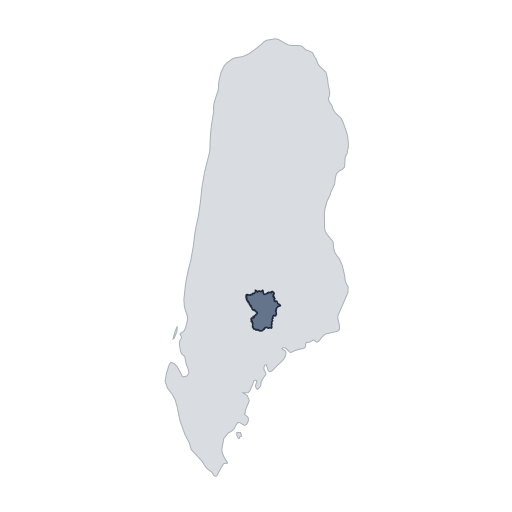 Maevatanana, Betsiboka, Madagascar shown in context, rotated 172°
{"feature_id": "10022922B61824869015313", "entity_name": "Maevatanana", "entity_type": "district", "adm_level": 2, "iso_a3": "MDG", "parent_name": "Madagascar", "parent_adm1": "Betsiboka", "projection": "mercator", "projection_center": [47.013, -17.22], "detail": "fine", "context": "in_parent", "style": "filled", "palette": "slate", "viewbox_px": 512, "rotation_deg": 172, "n_neighbors": 0, "source": "geoboundaries", "source_scale": "gbopen_adm2", "svg_char_len": 8648}
<svg xmlns="http://www.w3.org/2000/svg" viewBox="0 0 512 512"><g transform="rotate(172 256 256)"><path d="M335.3,54.3L336.7,57.5L338.3,60.6L343.2,67.9L345.4,70.8L347.2,73.8L348.0,79.9L351.2,89.3L354.2,103.4L355.1,118.0L356.0,124.6L358.3,130.9L362.1,137.5L363.4,144.8L361.0,152.3L357.7,159.3L356.8,160.7L355.2,162.5L354.5,162.4L351.8,160.6L349.6,157.6L346.8,150.5L345.8,147.0L344.7,146.4L341.4,146.7L339.0,148.9L338.6,150.3L339.1,154.3L340.0,157.9L340.4,161.5L340.5,166.1L341.4,167.5L342.7,168.6L344.0,171.6L344.2,178.8L343.4,182.4L341.1,185.5L341.3,187.2L342.1,189.0L341.3,190.0L338.2,191.4L337.0,192.6L335.3,195.7L332.7,202.2L332.3,205.5L334.0,215.6L333.5,222.7L330.1,236.4L328.1,242.9L325.3,250.7L321.1,261.0L316.9,273.9L313.3,287.3L310.6,295.3L307.6,303.2L303.5,317.3L300.0,331.6L294.8,347.4L287.6,365.1L286.9,367.4L285.4,376.4L283.8,384.3L281.8,392.1L277.8,405.1L277.4,409.1L276.4,412.9L272.6,421.1L270.9,424.1L269.8,427.3L269.1,431.4L268.0,435.4L265.1,442.7L260.9,449.0L258.0,451.3L251.8,454.6L248.6,455.2L241.6,455.3L234.9,457.2L227.8,460.9L221.0,465.0L218.4,467.0L215.5,468.2L206.5,468.4L203.9,467.5L194.9,460.6L191.4,459.5L184.8,458.6L182.8,458.0L181.0,457.1L178.3,453.5L173.0,450.5L171.8,449.5L171.0,447.4L170.4,445.2L169.0,442.7L168.0,437.9L166.3,434.5L161.4,428.7L160.9,426.8L160.5,420.5L160.7,416.3L160.2,408.6L160.7,405.0L162.5,401.7L161.8,398.2L159.9,394.5L159.3,390.7L157.9,387.2L152.8,380.9L151.6,377.8L150.8,374.6L148.9,364.7L148.6,361.3L148.9,354.0L149.6,350.3L150.9,347.6L151.2,345.7L152.0,344.0L153.2,342.7L154.0,341.1L155.9,331.8L158.3,329.8L161.9,328.6L164.8,326.2L166.4,322.9L168.1,316.2L172.6,309.5L174.2,306.0L177.8,300.8L181.1,293.3L182.0,289.9L182.7,286.3L183.6,278.5L184.2,274.6L184.0,270.7L182.2,266.8L177.8,259.6L177.7,258.2L178.0,252.9L177.6,249.1L176.0,245.2L173.9,241.6L171.9,234.9L170.9,223.8L171.1,219.8L170.5,216.2L169.0,212.8L170.1,206.9L183.2,185.5L183.7,183.0L183.1,176.5L183.4,172.7L183.9,171.3L184.9,170.4L187.1,170.0L197.7,169.1L199.1,168.5L201.7,166.7L205.4,163.2L207.1,162.2L208.5,162.6L209.4,164.0L210.6,164.9L214.9,163.3L216.5,163.2L218.2,163.5L219.0,162.0L219.5,160.1L220.1,158.7L221.2,158.0L226.8,157.5L230.3,157.0L234.8,155.6L235.8,155.9L239.5,160.8L240.6,161.2L242.0,161.4L243.3,160.5L240.3,158.0L239.8,156.5L240.0,154.9L241.6,151.4L244.3,148.7L250.2,144.6L256.4,139.9L258.2,139.6L259.7,140.4L260.8,145.9L260.7,146.8L261.7,146.9L262.8,146.3L263.8,144.0L263.9,142.2L263.1,140.4L262.7,138.9L262.6,137.5L265.7,134.2L268.2,131.1L269.3,127.4L270.3,125.7L272.9,123.8L273.7,124.1L274.3,125.6L274.6,127.3L274.0,128.9L273.0,130.6L272.6,132.7L274.1,133.2L275.5,132.6L277.5,128.7L279.8,125.0L281.1,123.1L282.9,121.7L285.7,122.0L288.5,122.8L284.0,118.9L282.8,113.5L288.3,104.2L288.3,102.3L289.1,101.7L289.5,101.0L286.7,97.8L286.1,96.3L286.5,93.9L287.8,91.8L289.0,90.4L290.8,89.8L292.1,90.6L295.1,93.2L297.2,93.6L299.6,91.1L301.6,88.0L304.6,85.9L308.1,84.6L313.3,79.8L316.6,69.7L316.9,66.7L316.2,63.1L315.0,59.7L313.0,55.5L313.5,54.6L316.3,55.1L317.3,54.5L320.4,50.8L325.5,43.6L327.1,43.6L328.6,44.9L329.1,46.9L330.1,48.4L333.6,51.8L335.3,54.3ZM299.8,82.7L299.8,83.8L295.9,83.4L295.3,79.6L297.2,79.4L297.6,77.9L298.8,77.7L300.0,81.1L299.8,82.7ZM347.1,191.7L343.8,197.4L344.7,192.6L348.6,185.8L349.7,185.3L347.1,191.7Z" fill="#d9dde1" stroke="#a8b0b8" stroke-width="1"/><path d="M270.2,218.9L270.8,218.6L270.6,218.5L270.3,217.9L270.7,217.7L270.9,217.8L271.3,217.5L271.4,217.4L271.4,217.0L271.6,216.7L271.6,216.4L271.7,216.2L271.7,215.9L270.9,215.5L270.9,215.2L271.0,214.8L271.2,214.6L271.2,214.4L271.5,214.1L271.2,213.7L270.8,213.3L270.8,212.6L270.7,212.0L270.4,211.8L270.5,212.2L270.4,212.3L270.0,212.3L269.8,211.6L269.6,211.3L269.6,211.1L269.8,211.1L269.9,210.9L269.5,210.8L269.5,210.4L269.3,210.2L269.3,209.8L269.1,209.6L269.1,209.4L269.3,209.3L269.3,209.0L269.2,208.9L269.0,208.7L268.9,208.2L268.6,207.8L268.2,207.7L268.0,207.8L267.8,207.6L267.9,207.1L268.2,206.9L268.3,206.7L268.1,206.6L267.8,206.0L267.6,206.0L267.3,205.3L267.2,204.4L267.3,204.1L267.1,204.0L267.0,203.7L266.8,203.5L266.6,203.0L266.5,202.9L266.3,202.9L266.1,203.1L265.6,203.2L265.4,203.2L265.3,202.7L265.3,202.3L265.0,202.3L264.8,202.6L264.7,202.5L264.7,202.2L264.5,201.8L264.1,201.7L264.0,201.2L263.7,201.0L263.5,200.4L263.3,200.4L262.9,199.8L262.7,199.8L262.8,199.4L262.7,199.0L263.0,198.6L263.3,198.4L264.0,198.3L264.1,198.2L264.1,197.8L264.4,197.8L265.1,197.3L265.4,197.2L265.9,196.4L266.3,195.7L266.6,196.1L267.1,196.5L267.3,196.2L267.3,195.4L267.6,195.2L267.6,194.9L267.8,194.7L268.5,195.1L268.9,195.2L269.3,194.9L269.4,194.7L269.6,194.5L269.7,194.2L269.6,193.4L269.2,193.0L269.5,192.6L269.3,192.6L269.4,192.4L269.3,192.1L269.4,191.7L269.5,191.6L269.4,191.5L268.9,191.4L269.0,191.1L269.2,190.9L269.1,190.6L268.8,190.5L268.9,190.1L268.7,190.0L268.8,189.9L268.7,189.8L268.6,189.5L268.7,189.0L268.7,188.6L269.1,187.9L269.2,187.4L269.2,186.9L269.1,186.7L268.9,186.4L269.2,186.3L269.3,186.1L269.1,185.9L269.0,185.7L268.7,185.4L268.8,185.1L268.6,184.7L268.6,184.3L268.5,184.1L268.0,184.0L267.8,184.0L267.8,183.9L267.3,183.9L267.1,183.8L266.9,183.5L266.6,182.9L266.3,183.0L266.2,182.7L265.8,182.6L265.7,182.7L265.6,183.0L265.4,183.0L265.1,183.0L265.0,182.7L264.6,182.6L264.5,182.4L264.3,182.4L264.0,182.5L263.9,182.0L263.6,181.9L263.2,181.8L263.0,181.4L262.7,181.3L262.6,181.6L262.2,181.3L261.9,181.3L261.4,181.1L261.0,181.2L260.9,181.2L259.9,181.2L258.8,182.4L258.6,182.5L258.3,182.5L258.3,182.2L258.2,182.2L258.0,182.6L258.0,182.8L257.8,183.0L257.6,183.3L257.2,183.2L256.9,183.8L256.6,183.9L256.4,183.9L255.7,184.0L255.5,183.8L255.3,183.7L254.9,183.6L254.8,183.4L254.7,183.2L254.3,183.1L253.9,183.0L253.8,182.8L253.5,182.7L253.3,182.7L252.9,183.0L252.7,183.0L251.6,183.0L251.3,182.8L251.0,182.4L250.8,182.4L250.5,182.7L250.5,182.8L250.3,183.0L250.3,183.3L250.3,183.6L250.2,184.0L250.3,184.3L250.3,184.9L250.2,185.2L250.3,185.8L250.0,186.2L249.7,186.3L249.7,186.8L249.8,187.1L249.8,187.3L249.6,187.4L249.7,187.7L249.7,188.4L249.6,188.5L248.8,189.3L248.5,189.6L248.5,189.8L248.8,190.3L248.9,190.7L248.7,191.6L248.2,191.9L247.8,192.0L247.7,192.1L247.7,192.3L247.9,192.4L248.0,192.7L247.9,193.3L247.9,193.6L247.4,194.2L247.2,194.3L247.1,194.5L246.9,194.5L246.7,194.7L246.2,194.1L245.7,194.2L245.4,194.1L245.3,194.5L245.2,194.5L244.7,194.3L244.5,194.9L244.3,195.1L244.0,195.3L244.1,195.5L244.0,195.9L243.9,196.3L243.9,196.6L243.8,196.8L243.9,197.6L244.0,198.2L244.3,198.4L244.3,198.5L243.9,198.9L243.7,198.9L243.6,199.0L243.9,199.4L243.7,199.7L243.7,200.1L243.6,200.3L243.5,200.5L243.0,200.8L243.0,201.3L242.6,201.9L242.2,202.2L241.7,202.5L241.0,203.1L240.8,202.9L240.1,203.0L239.8,203.2L239.3,203.3L238.8,203.3L238.7,203.6L238.8,203.9L239.1,204.1L239.6,204.9L240.5,205.3L240.8,205.7L241.1,205.9L241.6,208.2L242.1,208.5L242.5,208.6L242.9,208.7L243.3,208.5L243.4,208.3L243.5,208.4L243.6,208.5L243.6,208.8L243.7,209.0L243.9,209.0L243.8,209.3L243.9,209.5L244.0,209.6L244.0,209.8L244.2,210.2L243.9,210.4L244.0,210.6L243.8,210.8L244.0,210.9L243.8,211.3L243.6,211.6L243.4,211.6L243.5,211.8L243.6,212.1L243.7,212.7L243.9,212.7L243.9,212.8L243.9,213.1L244.2,213.3L244.4,213.3L244.3,213.5L244.6,213.6L244.4,214.1L244.5,214.3L244.3,214.5L244.2,214.7L244.3,215.0L244.2,215.2L243.9,215.2L243.9,215.4L243.9,215.6L243.4,215.9L243.3,216.2L243.4,216.3L243.3,216.5L243.4,216.9L243.4,217.0L243.5,217.0L243.8,217.7L243.9,217.8L244.2,218.0L244.5,218.5L244.8,218.4L245.1,218.6L245.5,218.5L245.5,218.3L245.7,218.1L245.8,217.9L245.8,217.7L246.2,217.4L246.3,217.5L246.3,218.0L246.6,218.0L246.8,218.1L247.2,218.0L247.7,218.1L248.0,217.9L248.3,217.9L248.5,217.9L248.6,218.1L248.8,218.0L249.0,218.2L249.5,217.9L249.6,217.6L249.8,217.8L249.9,217.7L250.1,217.5L250.3,217.5L250.7,217.3L251.2,217.2L251.5,216.9L251.8,216.9L252.5,217.0L252.9,216.8L253.1,216.8L253.4,216.9L253.5,217.4L253.9,217.9L254.0,218.3L253.9,218.9L253.9,220.1L253.8,220.5L254.1,221.0L254.3,221.1L254.4,220.9L254.6,220.7L254.8,220.6L255.1,220.6L255.2,220.4L255.3,220.3L255.3,220.2L255.6,220.1L255.9,220.1L256.1,220.2L256.1,220.3L256.4,220.2L256.5,220.4L257.0,220.5L257.3,220.6L257.5,220.9L258.0,220.7L258.1,220.8L258.3,220.6L258.5,220.7L258.8,220.6L258.9,220.8L259.3,220.8L259.7,220.2L260.2,220.9L260.4,220.9L260.5,221.1L260.8,221.5L260.7,221.8L261.1,222.1L261.4,222.1L261.4,221.1L261.6,220.5L262.2,220.0L262.8,219.2L263.3,219.1L263.5,219.3L263.8,219.3L264.0,219.5L264.4,219.4L264.7,219.3L264.9,218.6L265.4,218.2L265.6,218.3L265.9,218.5L266.2,218.6L266.4,218.5L266.7,218.5L266.8,218.3L267.0,218.4L267.2,218.1L267.4,218.2L267.6,218.0L268.0,218.1L268.8,218.5L269.3,218.5L269.3,218.8L269.5,219.0L269.8,219.0L270.1,219.0L270.0,218.9L270.2,218.9Z" fill="#64748b" stroke="#1e293b" stroke-width="1.5"/></g></svg>